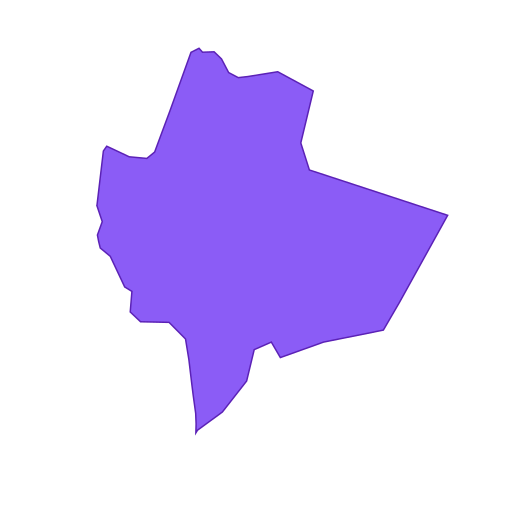 Bourem, Gao, Mali, rotated 105°
{"feature_id": "8926073B86504284097699", "entity_name": "Bourem", "entity_type": "district", "adm_level": 2, "iso_a3": "MLI", "parent_name": "Mali", "parent_adm1": "Gao", "projection": "albers", "projection_center": [-0.233, 17.792], "detail": "fine", "context": "isolated", "style": "filled", "palette": "violet", "viewbox_px": 512, "rotation_deg": 105, "n_neighbors": 0, "source": "geoboundaries", "source_scale": "gbopen_adm2", "svg_char_len": 760}
<svg xmlns="http://www.w3.org/2000/svg" viewBox="0 0 512 512"><g transform="rotate(105 256 256)"><path d="M442.4,268.3L439.4,267.4L415.4,248.1L379.2,232.7L346.9,233.5L335.2,218.9L347.8,206.2L321.7,168.5L294.6,113.8L263.6,105.4L167.1,81.4L159.1,226.7L135.2,242.0L81.8,243.4L72.4,282.7L84.8,310.4L88.3,319.3L85.9,329.9L74.6,340.3L69.6,349.3L73.0,360.4L70.1,364.8L76.1,371.5L138.2,376.7L161.4,378.9L181.8,380.8L190.0,386.7L193.0,404.2L189.8,421.7L188.6,428.6L194.1,430.6L247.7,422.8L248.4,422.8L262.6,413.4L276.8,414.6L282.6,411.8L288.6,408.5L294.0,396.7L319.9,374.8L322.3,366.7L342.6,363.0L349.4,350.5L342.6,322.8L354.4,302.6L373.5,294.0L395.0,285.4L406.6,280.7L423.7,273.5L433.7,270.4L442.4,268.3Z" fill="#8b5cf6" stroke="#5b21b6" stroke-width="1.5"/></g></svg>